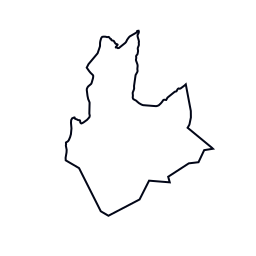 the County of Gbapolu, rotated 130°
{"feature_id": "LBR-1459", "entity_name": "Gbapolu", "entity_type": "County", "adm_level": 1, "iso_a3": "LBR", "parent_name": "Liberia", "parent_adm1": "", "projection": "orthographic", "projection_center": [-10.534, 7.419], "detail": "fine", "context": "isolated", "style": "outline", "palette": "ink", "viewbox_px": 256, "rotation_deg": 130, "n_neighbors": 0, "source": "natural_earth", "source_scale": "10m", "svg_char_len": 2724}
<svg xmlns="http://www.w3.org/2000/svg" viewBox="0 0 256 256"><g transform="rotate(130 128 128)"><path d="M57.4,111.8L74.6,90.8L79.5,86.6L85.6,83.3L86.5,83.0L89.5,82.5L89.2,51.1L89.3,49.6L96.0,55.4L108.9,52.0L116.0,58.7L139.5,65.9L142.8,61.1L154.8,78.0L175.3,73.2L207.8,86.6L209.3,95.3L190.2,139.7L192.8,154.9L191.0,156.6L186.2,159.4L184.1,161.0L181.6,164.1L181.0,164.6L180.2,165.0L179.6,165.7L179.0,166.2L178.3,166.0L177.6,165.7L176.8,165.5L176.0,165.5L175.2,165.6L172.2,166.5L169.5,167.7L164.7,171.0L160.7,175.0L158.5,176.6L156.5,177.0L155.1,176.3L154.7,176.1L154.4,175.9L154.3,175.6L154.5,175.3L154.8,175.1L154.9,174.8L154.9,174.5L154.5,173.2L154.3,172.7L154.0,171.3L153.7,170.8L153.4,170.4L153.1,170.0L153.2,169.5L153.5,169.0L154.1,168.5L154.4,168.1L154.6,167.4L154.6,167.0L154.5,166.7L154.3,166.5L152.5,165.7L148.0,164.6L144.6,164.5L143.3,165.1L142.9,165.5L141.8,166.9L133.3,173.7L132.7,174.6L131.5,177.0L129.4,179.7L125.4,184.0L124.4,184.7L123.4,185.0L122.4,185.2L121.5,185.2L118.1,184.6L117.7,184.6L116.7,184.9L112.4,186.8L111.1,187.6L110.3,188.3L110.1,188.7L110.0,189.2L109.8,192.1L109.4,194.3L108.3,198.4L104.5,199.3L90.3,199.3L83.6,201.9L82.6,202.6L81.3,203.7L80.2,204.5L78.9,205.2L76.6,206.2L75.5,206.4L74.7,206.3L73.8,205.5L72.9,204.4L72.4,203.7L72.2,203.2L72.0,202.7L71.7,202.3L70.8,201.5L70.6,200.7L70.7,200.4L71.0,199.6L71.0,199.2L70.8,198.3L70.9,197.9L71.2,197.4L71.3,196.9L71.1,196.4L70.8,195.9L70.5,195.0L70.5,194.6L70.6,194.3L70.8,193.9L70.9,193.4L71.1,193.0L71.3,192.1L71.4,191.7L71.3,191.3L71.1,190.9L70.9,190.4L70.8,190.0L70.8,189.6L71.1,189.4L71.6,189.4L73.6,189.4L74.0,189.3L74.1,189.1L73.8,188.8L73.6,188.5L73.5,188.2L73.5,187.6L73.3,187.1L72.6,186.4L64.6,184.8L64.0,184.8L63.3,184.8L60.9,185.4L58.2,185.6L56.7,185.5L49.5,182.9L48.6,183.0L47.7,183.3L46.7,182.4L47.1,181.7L48.0,181.1L48.9,180.8L50.5,180.5L51.4,179.8L52.2,178.8L53.7,176.5L54.9,175.0L55.6,174.7L56.0,174.3L56.9,173.5L57.3,173.1L57.9,172.8L60.0,172.1L60.6,171.8L61.1,171.4L62.2,170.1L62.8,169.6L65.1,168.3L65.7,168.1L67.0,168.2L67.6,168.0L68.1,167.7L68.5,167.2L69.5,166.4L70.6,165.8L70.9,165.5L71.2,165.1L73.2,161.7L73.7,161.1L74.3,160.5L76.9,158.7L77.3,158.2L77.7,157.8L78.2,157.3L78.8,157.0L79.5,156.8L82.6,156.2L91.9,150.4L93.8,148.7L94.4,148.4L95.0,148.1L97.7,147.2L98.2,146.9L98.7,146.4L99.1,146.0L100.0,145.1L101.7,143.9L102.3,143.0L102.4,142.1L101.8,139.2L101.9,138.1L101.9,135.5L101.4,132.8L101.0,131.6L100.7,131.0L93.2,120.5L92.0,119.6L90.7,119.0L88.1,118.7L86.1,118.7L83.9,118.9L83.1,118.5L82.0,116.8L80.1,117.1L79.4,117.3L70.2,115.5L69.1,114.7L68.8,114.5L68.5,114.5L66.7,114.9L65.9,114.9L65.5,114.8L65.1,114.6L64.7,113.7L64.2,113.3L63.7,113.1L59.1,112.0L57.4,111.8Z" fill="none" stroke="#020617" stroke-width="2"/></g></svg>